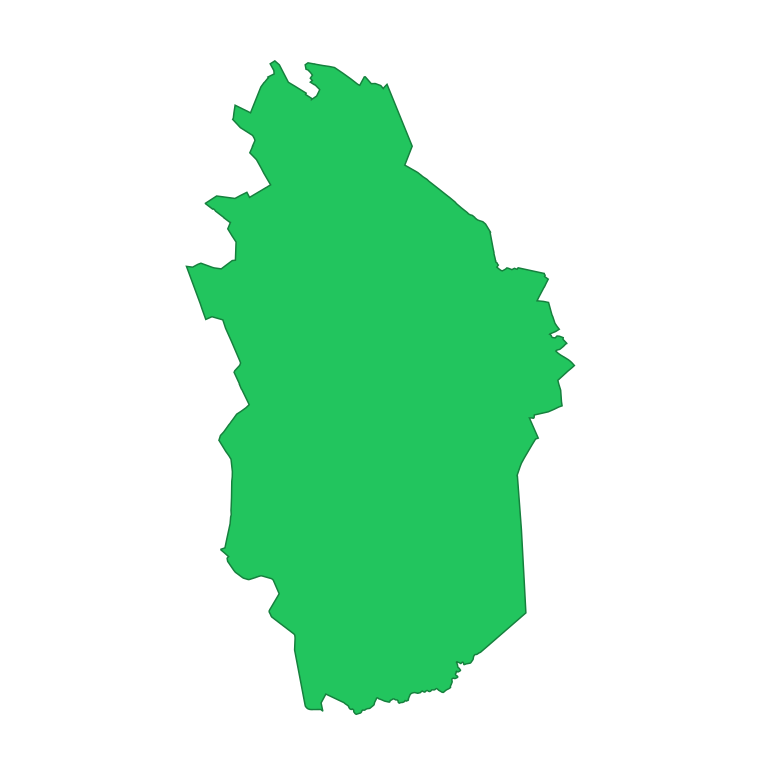 Burtnieku pag., Burtnieku, Latvia (orthographic projection), rotated 177°
{"feature_id": "27541924B29560801732467", "entity_name": "Burtnieku pag.", "entity_type": "district", "adm_level": 2, "iso_a3": "LVA", "parent_name": "Latvia", "parent_adm1": "Burtnieku", "projection": "orthographic", "projection_center": [25.298, 57.686], "detail": "fine", "context": "isolated", "style": "filled", "palette": "green", "viewbox_px": 768, "rotation_deg": 177, "n_neighbors": 0, "source": "geoboundaries", "source_scale": "gbopen_adm2", "svg_char_len": 5966}
<svg xmlns="http://www.w3.org/2000/svg" viewBox="0 0 768 768"><g transform="rotate(177 384 384)"><path d="M254.3,148.0L254.3,175.6L254.4,231.3L255.6,285.1L256.0,285.4L252.3,294.6L250.9,297.7L247.9,302.6L239.1,315.9L235.5,321.1L232.8,321.9L240.6,342.5L238.6,342.4L236.6,342.0L235.9,342.5L235.5,345.2L221.4,347.6L215.3,349.9L210.6,351.9L207.3,352.9L207.7,357.2L207.9,368.6L209.4,374.5L210.2,378.6L199.6,387.3L195.2,390.6L192.9,392.5L195.5,395.7L197.2,397.4L198.9,398.8L206.4,403.9L208.7,405.8L210.7,407.9L210.3,408.4L208.9,409.0L206.9,409.3L206.2,409.7L202.7,412.3L200.5,414.4L199.8,414.8L199.4,414.8L199.3,415.0L202.9,419.2L202.6,420.9L206.2,422.5L208.7,422.9L210.7,421.1L213.3,421.6L214.0,422.2L214.5,423.6L214.9,424.1L215.4,424.7L216.0,425.0L215.7,425.3L209.5,427.6L206.1,429.5L208.2,432.5L210.1,435.7L211.9,442.3L212.7,444.4L215.4,456.8L220.3,458.1L226.8,459.1L224.9,462.5L219.0,472.4L218.8,472.4L216.8,476.1L214.5,480.1L218.0,482.9L217.9,483.1L217.4,484.1L218.2,485.6L218.2,486.0L243.9,493.0L244.0,493.0L245.2,491.6L247.7,492.7L250.3,491.5L253.6,493.0L255.2,493.5L256.7,492.3L259.9,490.8L261.3,491.3L263.4,493.1L265.2,494.8L263.6,496.8L263.9,497.1L264.3,497.7L264.7,498.9L265.9,499.8L266.1,500.3L265.9,500.8L266.1,500.9L266.6,504.3L267.4,508.4L267.3,509.2L267.5,510.9L267.8,512.5L270.2,530.4L269.9,530.4L274.2,538.4L276.8,540.9L279.5,541.9L282.1,543.0L284.3,545.0L284.7,545.7L286.9,547.7L287.8,548.1L288.7,548.2L289.3,548.7L290.0,549.0L291.1,549.8L291.4,550.4L292.7,551.6L297.7,556.0L302.3,560.4L303.3,561.8L308.9,567.0L309.9,567.8L324.0,580.2L328.4,584.0L330.5,586.2L334.2,588.9L339.2,593.4L351.8,601.5L343.4,620.0L365.3,683.1L368.4,680.2L369.3,679.1L371.6,682.2L377.0,684.5L381.0,684.6L386.6,691.7L387.6,691.7L392.6,683.5L394.6,684.7L400.9,690.2L408.5,696.3L416.8,702.6L422.2,704.0L428.3,705.2L435.2,706.8L436.7,707.3L436.8,707.2L443.1,708.7L446.0,706.9L445.4,702.4L443.6,701.7L441.2,699.0L439.3,696.2L441.6,693.2L439.7,690.8L441.8,689.3L437.9,686.5L437.7,686.7L437.3,686.5L432.8,681.4L432.8,681.2L433.3,680.3L436.2,675.1L441.4,671.9L441.2,672.9L447.2,677.2L446.5,678.5L457.0,685.8L463.7,690.3L471.8,708.2L476.1,712.4L480.9,709.7L477.6,702.8L477.5,699.4L483.9,696.6L483.4,695.8L484.1,695.3L487.6,691.5L488.0,691.3L491.4,687.1L503.1,661.8L518.1,670.2L519.6,663.0L520.6,657.2L521.3,656.2L514.0,647.5L502.2,639.1L500.7,636.1L500.1,633.9L502.9,628.4L502.7,628.3L505.9,621.9L499.6,614.7L495.1,605.5L492.9,600.6L486.8,588.8L508.5,577.4L510.9,582.6L517.4,579.8L523.1,577.1L541.3,580.5L552.9,573.8L552.8,573.4L546.1,567.7L545.9,567.6L545.3,567.9L545.1,567.8L543.8,566.5L543.2,565.5L535.2,558.6L535.2,558.3L534.9,558.1L529.7,553.7L528.9,553.4L531.9,547.1L527.9,539.7L524.3,533.5L525.9,515.4L529.1,515.2L540.5,507.5L547.4,508.8L549.2,509.4L560.5,514.2L563.5,513.3L569.0,510.7L575.1,511.8L563.2,473.6L562.0,469.2L558.6,457.8L552.3,460.2L541.6,456.5L539.3,448.0L534.0,434.3L526.8,414.7L526.1,412.5L527.1,410.2L532.3,405.1L533.1,403.5L528.3,391.6L528.5,391.4L526.7,386.4L526.4,386.2L526.2,385.8L520.5,372.3L519.9,370.8L519.7,370.4L523.1,367.5L528.2,364.2L532.7,361.6L537.5,355.6L538.1,355.0L540.0,352.5L541.0,351.5L544.4,347.2L546.6,344.5L550.0,341.2L551.8,336.4L551.7,336.3L545.5,324.9L542.6,320.4L540.8,317.0L540.7,316.9L540.0,304.4L540.4,299.1L541.1,294.8L542.2,278.7L543.0,269.7L543.4,265.9L543.4,261.5L544.1,259.2L545.0,252.5L549.2,237.1L551.4,228.7L555.5,227.5L555.5,226.8L552.7,224.2L548.2,219.7L549.5,218.6L549.8,218.1L549.4,215.0L543.9,206.0L542.4,203.9L541.4,203.0L541.0,202.7L535.2,197.9L534.3,197.4L529.8,195.8L528.7,195.8L521.9,197.6L521.4,197.9L520.5,198.0L519.4,198.4L517.0,198.9L515.8,198.7L506.5,195.5L505.3,194.5L504.8,193.8L499.7,180.1L499.8,179.9L500.6,178.6L509.7,164.9L510.5,163.5L510.6,162.4L509.4,159.7L508.9,158.2L508.2,157.1L487.4,139.4L486.6,138.6L486.3,137.9L486.2,137.3L486.1,135.9L486.1,134.7L487.2,123.1L479.6,67.5L479.4,66.5L479.2,66.0L478.1,64.6L477.5,64.0L476.9,63.6L475.5,63.0L474.0,62.7L464.6,62.3L463.8,62.0L462.5,60.8L462.3,60.9L463.5,68.8L458.3,77.4L440.7,67.9L439.7,66.9L436.6,64.5L435.6,62.1L435.0,61.3L433.8,60.7L433.4,60.9L433.0,60.8L432.7,61.1L432.0,60.7L431.3,59.9L431.4,58.9L431.2,57.9L430.8,57.5L430.3,56.6L429.9,56.2L429.4,55.8L428.8,55.6L427.9,55.9L424.6,56.7L423.7,57.6L422.9,59.2L422.3,59.5L420.8,59.3L420.0,59.5L418.8,60.3L417.2,60.7L415.8,60.7L414.9,61.0L411.1,63.8L410.7,64.3L410.0,66.6L408.4,69.4L407.9,70.6L407.1,71.0L406.6,70.8L406.1,70.2L405.6,69.9L403.6,69.1L400.0,67.3L396.2,66.2L395.1,66.1L394.7,66.5L394.5,67.3L394.3,67.7L393.2,68.0L391.5,69.0L390.3,68.9L389.2,68.1L388.7,67.9L387.7,67.9L386.9,67.4L386.6,67.0L386.5,65.7L386.3,65.3L385.8,64.7L385.4,64.5L383.8,65.0L382.4,65.0L380.9,65.4L380.3,65.8L379.5,66.8L379.2,66.7L378.5,66.2L376.5,66.8L376.1,67.3L376.3,67.8L376.3,68.0L375.9,68.7L375.6,69.5L374.1,72.6L373.3,73.3L371.8,74.0L369.6,74.3L366.5,73.4L363.8,73.9L362.7,75.0L361.8,75.4L360.7,74.6L359.4,74.2L358.9,74.5L358.2,75.2L357.2,75.7L356.6,75.6L355.6,74.8L354.7,74.5L353.8,74.7L353.2,75.1L352.5,75.9L352.1,76.1L350.0,75.9L349.2,76.1L348.1,76.9L347.7,77.1L347.2,77.0L346.6,76.6L345.5,75.4L342.4,73.3L342.0,73.1L341.0,72.9L340.4,73.2L339.3,74.1L337.6,75.3L335.7,76.1L334.3,76.8L333.6,77.4L333.4,77.6L333.5,78.8L332.7,80.2L331.6,82.7L331.5,83.7L331.8,84.8L331.6,85.8L331.1,86.3L329.9,86.6L329.1,86.2L328.2,86.2L326.4,86.9L325.7,87.5L325.8,88.1L326.1,88.5L327.1,89.0L327.8,90.2L327.8,90.7L327.7,91.0L327.4,91.3L327.1,91.7L327.0,92.9L326.7,93.3L326.4,93.3L325.7,92.7L325.0,92.6L323.6,93.2L323.1,93.5L322.6,94.1L322.6,94.3L323.0,94.8L323.6,95.9L323.9,96.3L324.6,96.7L325.0,97.3L325.4,100.1L326.2,102.3L326.1,102.6L325.6,102.8L325.4,102.7L324.6,102.2L323.1,101.7L322.4,100.9L321.8,100.9L320.7,101.9L320.0,102.1L319.6,101.9L319.3,101.4L319.0,100.1L318.9,99.7L318.4,99.6L316.6,100.2L312.8,100.7L312.2,100.9L311.7,101.4L309.8,103.8L309.4,104.5L308.8,107.1L308.1,108.3L307.6,108.8L307.3,109.0L305.7,109.1L305.1,109.3L303.3,110.4L301.6,111.1L254.3,148.0Z" fill="#22c55e" stroke="#15803d" stroke-width="1.5"/></g></svg>